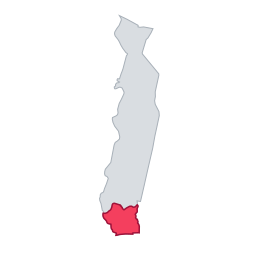 where Maritime sits in Togo, rotated 13°
{"feature_id": "TGO-87", "entity_name": "Maritime", "entity_type": "Region", "adm_level": 1, "iso_a3": "TGO", "parent_name": "Togo", "parent_adm1": "", "projection": "natural_earth1", "projection_center": [1.275, 6.502], "detail": "fine", "context": "in_parent", "style": "filled", "palette": "rose", "viewbox_px": 256, "rotation_deg": 13, "n_neighbors": 0, "source": "natural_earth", "source_scale": "10m", "svg_char_len": 3269}
<svg xmlns="http://www.w3.org/2000/svg" viewBox="0 0 256 256"><g transform="rotate(13 128 128)"><path d="M130.0,25.6L129.0,30.2L127.1,35.9L125.8,37.7L124.9,51.6L125.5,52.8L126.0,53.1L132.1,57.8L140.1,63.9L145.8,68.3L146.2,69.8L146.3,78.9L146.4,86.7L147.6,91.2L147.8,95.5L149.2,98.8L154.5,105.1L155.7,108.9L155.9,120.8L156.0,129.9L156.6,142.2L156.6,152.5L156.6,165.6L156.7,180.8L156.7,196.8L153.2,197.0L155.1,201.9L155.4,206.4L155.9,207.9L154.9,210.0L155.7,213.3L157.2,214.6L161.0,221.2L162.3,226.9L156.2,228.7L156.6,230.2L145.1,233.2L140.5,235.6L140.4,233.3L138.8,232.8L136.7,232.0L135.4,230.8L133.7,228.0L133.0,225.8L130.4,225.4L127.0,222.9L123.9,220.1L122.8,217.3L123.1,216.0L122.6,214.6L121.5,214.1L118.7,207.7L116.9,205.1L116.1,203.0L116.4,201.4L116.0,199.3L116.6,197.5L118.1,196.5L118.6,195.2L118.7,192.5L119.6,187.0L120.1,181.5L118.5,180.0L116.5,179.6L115.5,178.0L115.1,175.5L115.2,173.2L119.0,165.5L118.3,147.6L118.8,144.9L120.6,143.0L122.1,140.8L122.0,138.6L119.5,133.3L114.6,129.2L112.1,125.9L110.7,122.9L110.5,121.3L113.5,119.0L114.8,117.4L114.9,115.5L113.7,112.1L113.9,106.1L115.1,101.5L116.3,95.7L116.1,93.9L113.3,90.4L111.7,90.0L110.4,90.2L107.4,92.5L106.4,92.8L105.7,92.1L105.4,91.1L106.4,89.8L106.1,88.1L106.9,86.6L108.8,85.9L109.4,85.1L106.8,84.4L106.5,83.4L106.7,82.4L107.5,82.2L108.3,82.3L108.7,81.5L109.1,76.6L109.4,74.8L109.8,71.4L110.2,58.0L110.8,56.7L110.8,55.7L109.0,55.0L104.8,51.4L102.3,48.7L100.1,45.9L98.3,44.0L94.7,41.1L93.7,39.3L93.5,37.5L94.6,33.9L96.3,30.0L97.2,24.4L96.7,22.9L94.3,20.4L102.7,22.3L114.7,25.7L114.9,26.2L115.0,27.2L117.0,27.2L120.5,26.0L130.0,25.6Z" fill="#d9dde1" stroke="#a8b0b8" stroke-width="1"/><path d="M140.4,235.2L140.5,233.7L140.1,233.0L137.0,232.6L136.5,232.3L136.1,231.7L135.7,230.9L135.4,230.5L135.1,230.3L134.8,230.2L134.5,230.0L134.0,229.0L133.0,225.6L130.2,225.6L129.4,225.3L128.9,224.9L127.7,223.2L126.8,222.6L125.0,221.5L124.2,220.6L123.6,219.6L123.2,218.5L123.0,217.5L123.0,216.6L123.4,216.5L124.9,216.3L125.5,216.0L126.8,215.1L127.0,214.9L127.2,214.6L127.6,213.9L127.9,213.4L129.0,212.2L129.3,211.9L129.4,211.6L129.6,211.2L129.8,210.2L130.0,208.6L129.9,206.5L130.0,206.0L130.1,205.5L130.3,205.2L130.8,204.8L131.1,204.6L131.8,204.4L137.9,204.8L138.0,204.9L138.1,205.0L138.0,205.3L138.1,205.5L138.3,205.6L138.9,205.7L139.1,205.7L139.2,205.9L139.3,206.1L139.5,206.4L139.9,206.5L140.1,206.7L140.3,206.8L140.7,207.7L140.8,207.8L141.0,207.9L142.2,208.4L142.5,208.6L144.6,206.2L147.1,204.0L147.8,203.7L148.7,203.5L149.1,203.4L149.5,203.5L150.3,203.8L150.7,203.9L151.2,203.9L151.4,203.9L152.0,203.6L152.7,203.2L152.9,203.0L153.2,202.6L153.9,201.2L154.2,200.9L154.4,200.8L155.0,201.3L155.3,201.7L155.4,202.3L155.1,204.1L155.1,204.9L155.3,205.6L155.6,206.5L155.8,207.5L155.6,208.2L155.3,208.6L154.8,209.5L154.5,210.4L154.7,210.9L155.2,211.4L155.6,212.2L155.6,212.6L155.6,212.9L155.5,213.3L155.6,213.7L155.9,214.1L156.2,214.4L156.5,214.7L156.8,214.9L157.1,215.0L157.5,214.9L157.7,215.0L157.8,215.5L157.9,215.8L158.5,216.4L158.7,216.8L158.8,217.2L158.7,218.1L158.8,218.5L159.0,218.7L159.8,219.2L160.1,219.5L161.1,221.2L161.8,224.5L162.5,227.6L161.7,227.7L157.0,229.0L156.2,229.4L156.5,230.3L149.5,231.7L143.6,233.7L141.0,235.1L140.7,235.1L140.4,235.2Z" fill="#f43f5e" stroke="#9f1239" stroke-width="1.5"/></g></svg>